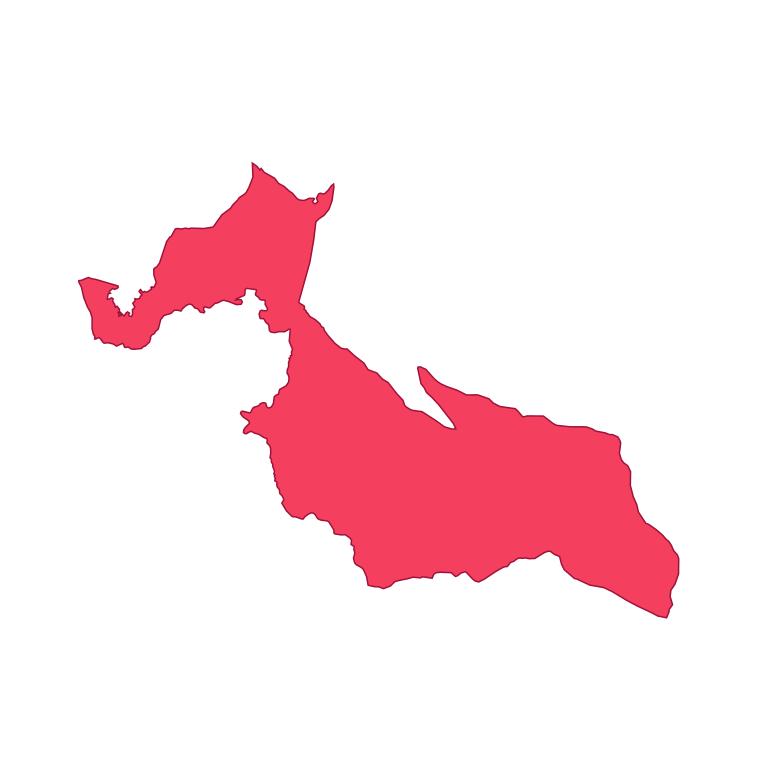 the district of Cristian, Sibiu, Romania, rotated 277°
{"feature_id": "2599482B40816245945082", "entity_name": "Cristian", "entity_type": "district", "adm_level": 2, "iso_a3": "ROU", "parent_name": "Romania", "parent_adm1": "Sibiu", "projection": "mercator", "projection_center": [23.892, 45.655], "detail": "fine", "context": "isolated", "style": "filled", "palette": "rose", "viewbox_px": 768, "rotation_deg": 277, "n_neighbors": 0, "source": "geoboundaries", "source_scale": "gbopen_adm2", "svg_char_len": 6150}
<svg xmlns="http://www.w3.org/2000/svg" viewBox="0 0 768 768"><g transform="rotate(277 384 384)"><path d="M587.2,226.4L573.3,228.7L562.7,226.0L557.6,224.0L555.8,222.8L551.2,217.5L549.0,216.5L543.3,212.1L539.6,210.2L532.2,202.5L519.5,195.6L518.8,194.7L516.4,186.4L515.2,173.8L514.3,170.9L514.5,168.1L513.1,163.7L513.2,160.0L512.5,158.0L505.8,155.3L504.5,154.7L503.8,153.5L498.8,150.9L476.8,146.5L472.6,144.2L471.0,142.1L469.9,141.5L464.2,142.3L456.9,145.6L452.0,143.9L451.7,142.5L452.2,142.0L452.0,141.3L451.3,140.9L450.0,141.7L446.4,137.8L446.3,136.4L446.7,135.0L445.4,133.5L448.1,130.9L447.1,129.9L445.8,129.8L443.0,132.9L441.4,131.6L439.2,131.0L438.2,128.9L438.3,126.3L436.3,126.8L433.5,124.8L430.0,127.3L428.3,126.5L427.2,125.2L423.2,125.9L420.6,125.5L420.2,124.0L420.8,122.4L421.7,122.0L423.3,122.8L424.3,120.6L422.9,119.2L419.8,117.8L422.7,114.0L420.1,114.6L419.0,112.6L420.3,112.3L422.1,113.3L422.0,111.8L422.7,111.3L423.4,112.7L426.1,112.2L428.7,109.5L427.6,108.1L430.3,106.9L433.1,104.6L435.7,104.7L436.3,103.1L434.4,100.0L434.3,99.0L439.8,99.2L440.8,101.4L441.7,100.2L442.4,100.1L445.8,103.1L445.1,104.9L446.3,107.5L447.8,108.5L448.9,108.0L452.7,85.1L452.8,81.4L453.7,77.6L450.1,71.2L449.4,68.5L447.9,68.7L443.2,71.9L432.9,75.6L424.3,80.3L419.4,83.9L414.2,86.2L403.4,87.5L398.1,89.4L395.9,91.2L393.4,91.3L393.5,92.5L395.1,94.9L395.1,96.2L391.2,99.9L390.4,101.2L391.3,105.3L390.9,108.8L390.7,110.5L389.0,113.8L392.4,119.5L391.6,120.6L388.9,122.0L388.7,122.7L389.5,125.7L388.0,128.6L387.9,131.2L389.6,138.8L391.8,140.6L392.5,142.3L397.0,146.1L400.9,146.8L402.2,146.4L404.6,147.8L406.1,150.0L408.1,150.6L411.1,153.3L420.8,154.5L425.3,157.4L428.1,164.0L431.5,166.7L432.1,169.8L431.7,173.6L434.0,174.7L437.5,177.7L439.5,180.7L439.6,182.7L438.8,184.4L436.4,186.9L436.0,190.0L433.0,192.8L432.7,196.6L433.8,197.3L435.8,195.9L438.2,195.9L438.8,197.8L438.1,200.3L438.5,202.2L443.6,206.6L444.1,208.7L447.3,213.7L447.5,215.3L446.9,219.8L444.8,227.9L445.7,232.4L447.9,233.4L450.1,232.2L450.3,230.4L449.4,226.5L450.6,227.2L454.9,234.5L456.3,235.0L461.1,234.7L462.0,235.8L462.2,238.1L462.0,245.5L461.2,246.1L457.4,245.4L456.4,246.0L454.7,248.8L452.7,250.7L452.4,253.2L452.8,254.5L452.1,256.0L448.6,256.3L444.5,259.2L443.5,259.3L442.5,258.3L442.1,257.2L442.3,253.5L441.2,252.1L438.2,251.5L434.3,252.9L433.8,253.6L434.2,256.1L433.6,257.2L431.0,259.0L428.6,262.4L423.0,263.8L421.8,265.4L421.6,269.2L423.2,273.5L423.8,279.1L426.9,283.2L426.8,284.3L414.9,284.7L407.1,289.0L404.4,288.2L401.3,289.0L400.7,287.7L398.6,287.9L397.9,286.6L396.4,287.5L394.3,286.6L389.5,287.2L386.4,286.3L382.8,286.5L381.5,287.8L378.6,289.0L374.4,289.1L370.3,287.1L365.8,281.0L361.1,280.5L359.7,278.1L357.9,276.6L351.4,276.6L347.6,275.1L346.2,272.8L346.2,271.7L347.0,270.4L350.3,269.1L350.8,268.2L350.7,266.1L349.3,263.6L347.1,262.2L345.1,257.8L344.0,256.7L339.6,255.1L339.0,254.4L339.8,246.8L339.0,245.5L337.2,245.2L335.3,246.9L334.0,248.3L331.0,254.1L329.3,255.1L328.2,255.0L324.0,251.7L321.4,250.4L318.7,250.4L317.8,252.0L317.9,253.5L320.2,256.5L320.8,258.1L319.4,261.7L318.9,265.7L316.4,270.9L315.5,274.3L313.9,275.0L311.4,274.9L309.0,277.8L306.7,279.2L301.9,280.0L296.8,279.9L295.7,281.3L292.7,281.8L290.5,283.5L288.9,283.5L284.0,286.0L281.2,285.6L280.3,286.9L279.2,286.4L276.9,287.6L274.8,287.3L273.5,289.6L270.0,290.1L268.5,290.8L266.6,292.9L262.5,294.0L260.9,296.2L258.0,298.3L256.4,298.5L253.3,297.1L246.2,302.6L241.2,309.0L241.3,312.9L240.0,318.6L240.1,320.2L243.1,322.0L245.8,325.0L247.3,327.7L247.1,329.8L246.1,331.5L242.5,334.4L241.8,335.6L241.2,338.3L241.2,344.1L240.6,345.9L233.1,352.0L229.9,352.5L229.2,353.6L229.0,360.0L229.7,363.8L227.1,368.8L225.0,370.8L220.6,370.9L219.2,374.1L218.7,374.3L215.9,374.2L213.9,375.3L211.5,375.6L207.5,374.9L203.0,376.6L201.3,378.4L199.1,384.0L197.2,386.3L190.8,390.1L182.3,392.8L181.6,399.8L182.1,403.3L180.8,408.4L184.3,415.0L189.1,418.8L190.5,422.0L193.8,431.7L195.8,436.4L196.0,443.8L197.3,445.8L197.1,455.5L201.2,456.6L202.3,457.7L203.2,459.2L204.1,463.4L204.9,473.8L201.7,478.3L202.6,480.3L205.7,483.4L207.4,487.2L207.4,488.3L201.1,495.9L199.5,498.8L199.1,502.2L202.7,507.6L211.4,517.6L216.9,525.0L218.0,528.8L222.3,531.3L223.7,534.3L226.7,537.3L227.8,539.7L227.8,542.5L228.6,545.4L228.3,549.3L229.2,555.0L236.3,563.8L238.0,567.2L238.2,569.4L235.4,574.5L234.7,577.9L233.7,579.5L226.7,582.2L221.7,585.5L214.1,596.8L214.0,598.9L209.5,612.7L208.7,627.1L205.8,635.7L198.9,651.1L194.5,662.6L189.1,679.0L187.1,683.9L186.4,693.0L192.7,694.7L194.7,694.4L200.1,697.3L208.0,693.9L214.3,693.9L220.8,697.2L231.4,699.5L246.6,697.8L250.1,696.0L254.0,691.7L258.7,689.0L262.4,685.9L264.6,682.5L267.8,679.1L272.5,672.1L276.8,664.1L277.7,660.8L287.8,652.2L295.0,649.6L302.6,645.1L313.2,640.9L327.1,639.4L332.5,635.9L335.1,631.3L338.0,628.7L343.9,626.1L354.3,626.1L357.2,624.7L360.0,622.4L361.6,616.9L361.3,613.8L362.4,609.8L363.1,599.8L364.7,596.4L366.1,589.9L364.2,573.9L364.0,560.4L365.3,556.8L371.6,546.1L369.8,530.2L368.6,527.1L368.5,525.5L373.6,520.0L375.5,517.3L375.8,501.8L378.4,494.7L382.1,490.0L384.6,478.3L383.2,467.2L386.8,457.1L389.1,446.6L390.9,440.9L392.9,436.7L395.5,433.0L403.6,423.8L405.4,418.2L405.1,415.8L403.8,415.5L388.8,420.7L385.0,424.5L380.7,427.3L376.3,433.5L370.1,440.9L353.1,457.8L348.3,460.7L347.5,457.3L348.9,449.1L353.5,440.9L361.2,425.1L361.3,415.9L361.8,413.4L363.7,409.2L365.2,407.2L370.2,404.8L376.0,397.8L386.0,387.8L388.8,381.7L394.1,375.5L396.0,367.3L396.6,366.1L402.3,361.5L408.5,351.1L414.3,343.0L413.9,341.1L414.3,337.0L418.3,330.4L425.3,322.5L429.6,318.5L432.5,317.1L433.4,314.8L436.0,313.0L439.5,307.9L442.0,302.1L445.2,299.4L445.2,298.6L447.4,297.5L448.5,295.6L450.4,295.8L451.9,295.0L453.7,290.8L455.0,289.4L496.0,295.6L519.0,296.7L536.4,296.6L539.6,298.9L544.3,304.1L550.8,308.1L559.5,310.1L573.2,310.3L576.3,309.6L574.5,307.7L569.8,305.2L565.7,302.0L565.3,300.2L565.6,297.4L564.7,296.0L560.2,294.3L556.8,296.2L554.7,294.0L554.5,292.8L556.2,290.8L559.2,292.3L559.7,291.7L559.2,287.2L556.4,282.4L556.3,278.0L557.2,275.4L562.4,269.6L564.0,266.3L567.9,260.8L570.3,254.8L574.9,250.4L579.4,239.4L583.0,235.8L581.2,234.9L584.6,231.3L587.2,226.4Z" fill="#f43f5e" stroke="#9f1239" stroke-width="1.5"/></g></svg>